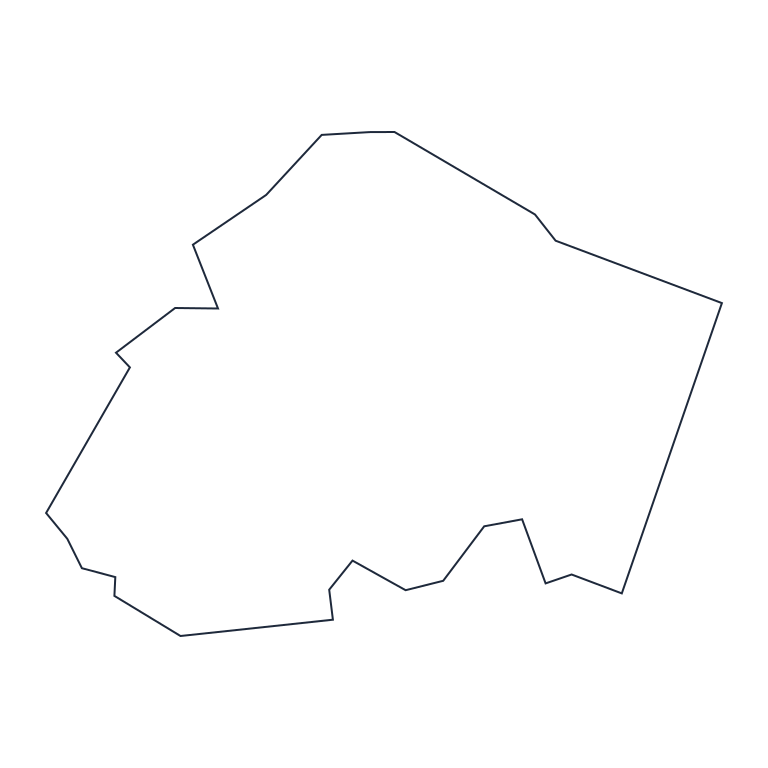 outline of Lee, Kentucky, United States of America
{"feature_id": "52423323B5871014631104", "entity_name": "Lee", "entity_type": "district", "adm_level": 2, "iso_a3": "USA", "parent_name": "United States of America", "parent_adm1": "Kentucky", "projection": "natural_earth1", "projection_center": [-83.751, 37.602], "detail": "fine", "context": "isolated", "style": "outline", "palette": "slate", "viewbox_px": 768, "rotation_deg": 0, "n_neighbors": 0, "source": "geoboundaries", "source_scale": "gbopen_adm2", "svg_char_len": 471}
<svg xmlns="http://www.w3.org/2000/svg" viewBox="0 0 768 768"><path d="M46.1,513.0L67.3,538.8L81.9,568.2L115.3,577.1L114.4,595.9L180.5,636.0L332.9,619.7L329.2,589.7L352.5,560.6L405.6,590.2L443.2,580.8L484.2,526.3L522.1,519.3L545.6,583.4L571.6,574.5L621.8,593.4L721.9,303.1L555.6,240.7L535.0,214.5L394.5,132.0L369.6,132.1L321.7,134.9L266.2,194.9L192.9,244.7L218.0,308.5L175.1,308.0L116.0,352.7L129.9,367.4L46.1,513.0Z" fill="none" stroke="#1e293b" stroke-width="2"/></svg>